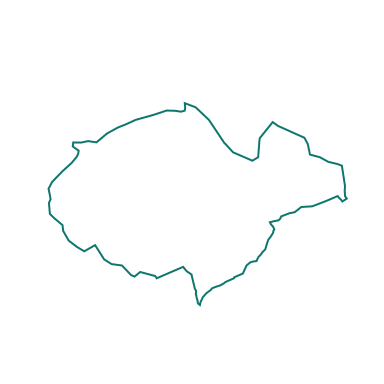 Isi-Uzo, Enugu, Nigeria (Mercator projection), rotated 220°
{"feature_id": "59680162B86026568122675", "entity_name": "Isi-Uzo", "entity_type": "district", "adm_level": 2, "iso_a3": "NGA", "parent_name": "Nigeria", "parent_adm1": "Enugu", "projection": "mercator", "projection_center": [7.695, 6.727], "detail": "fine", "context": "isolated", "style": "outline", "palette": "teal", "viewbox_px": 384, "rotation_deg": 220, "n_neighbors": 0, "source": "geoboundaries", "source_scale": "gbopen_adm2", "svg_char_len": 1747}
<svg xmlns="http://www.w3.org/2000/svg" viewBox="0 0 384 384"><g transform="rotate(220 192 192)"><path d="M104.8,153.9L100.6,162.2L103.0,170.8L102.1,175.6L101.0,177.4L98.2,180.6L98.8,182.7L99.3,185.1L99.1,187.4L99.1,189.2L99.4,190.4L99.0,195.1L100.5,198.7L101.1,199.8L102.9,204.6L103.0,208.3L103.7,213.0L104.7,214.6L104.9,216.3L107.7,217.6L110.6,217.9L112.9,218.9L109.7,223.3L107.7,225.6L107.2,228.3L108.0,230.6L103.7,238.4L100.4,242.4L98.6,250.8L90.7,258.3L83.8,270.7L77.8,282.5L75.2,282.0L72.8,281.9L70.7,281.4L69.2,286.4L72.1,287.2L75.9,291.2L78.5,294.8L94.1,308.5L98.6,306.9L107.0,302.7L116.2,300.9L125.7,296.5L134.2,303.2L140.7,305.8L168.6,297.9L175.1,297.4L174.7,276.9L173.1,274.3L163.7,261.2L165.8,254.8L172.6,252.8L186.0,248.8L197.4,250.3L198.6,250.3L225.3,258.1L241.6,259.1L243.7,259.2L254.6,255.4L251.3,252.1L249.9,249.6L252.0,246.5L257.2,243.3L263.8,238.1L270.6,227.0L281.5,211.1L286.2,201.2L290.3,193.6L294.7,182.2L297.1,168.6L304.3,164.2L308.7,158.6L314.8,153.6L312.6,150.2L305.4,150.8L303.7,148.0L302.9,144.7L302.9,136.9L304.5,125.2L304.8,121.2L305.2,116.1L305.6,109.6L304.0,102.3L300.2,99.3L295.7,95.6L294.6,91.7L286.8,83.9L280.7,83.4L269.9,83.4L265.7,79.4L255.2,75.5L244.7,76.0L236.4,77.3L232.1,89.0L225.3,86.9L216.0,83.9L212.2,84.4L207.2,85.1L198.4,90.7L185.3,89.2L181.6,90.3L180.3,97.4L166.1,104.0L163.6,103.2L150.7,128.9L145.2,127.9L139.3,128.5L138.9,128.1L128.8,120.6L127.6,119.7L125.5,119.0L124.2,117.5L123.4,116.1L121.9,115.3L120.7,114.1L117.7,112.3L116.6,110.9L114.9,110.4L113.3,110.5L114.5,112.7L115.5,116.3L116.1,118.4L115.9,124.0L115.0,127.5L114.6,129.7L114.7,131.0L114.3,132.0L112.2,135.7L110.5,138.3L108.9,142.4L108.5,144.4L108.0,145.6L104.4,152.9L104.8,153.9Z" fill="none" stroke="#0f766e" stroke-width="2"/></g></svg>